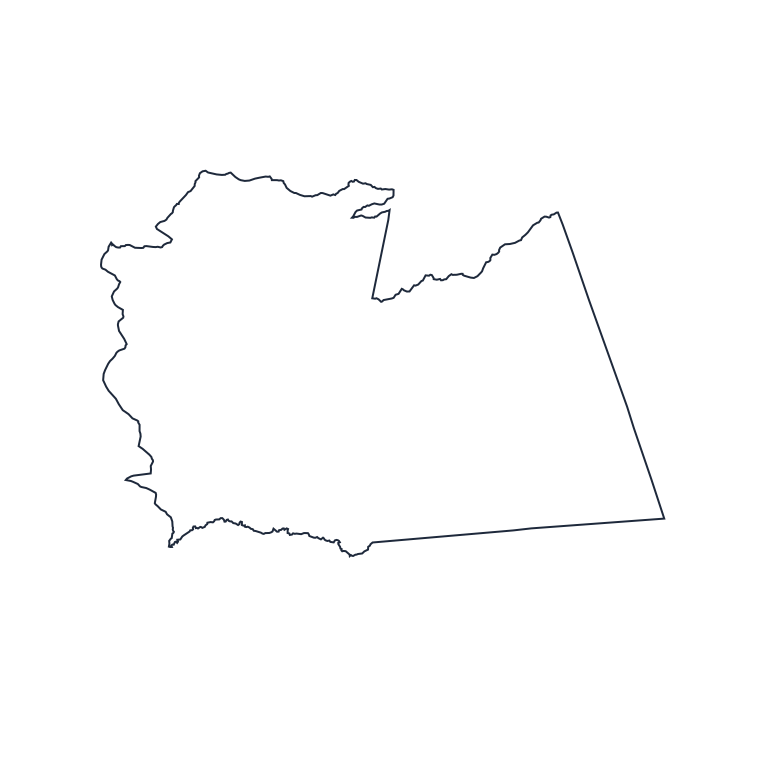 the district of Konoin, Rift Valley, Kenya, rotated 12°
{"feature_id": "3690345B62902351105471", "entity_name": "Konoin", "entity_type": "district", "adm_level": 2, "iso_a3": "KEN", "parent_name": "Kenya", "parent_adm1": "Rift Valley", "projection": "albers", "projection_center": [35.307, -0.537], "detail": "fine", "context": "isolated", "style": "outline", "palette": "slate", "viewbox_px": 768, "rotation_deg": 12, "n_neighbors": 0, "source": "geoboundaries", "source_scale": "gbopen_adm2", "svg_char_len": 6142}
<svg xmlns="http://www.w3.org/2000/svg" viewBox="0 0 768 768"><g transform="rotate(12 384 384)"><path d="M87.7,302.4L86.1,307.0L86.3,310.5L85.9,311.7L83.5,315.0L81.9,321.1L82.4,326.1L82.9,327.8L83.6,328.9L84.6,329.6L87.8,330.1L90.6,331.6L98.2,333.8L100.9,337.1L102.3,338.1L103.9,338.4L104.8,339.1L104.1,341.5L103.8,344.6L103.3,346.0L100.7,349.6L99.5,354.9L101.1,358.2L103.7,361.5L104.9,362.6L107.8,364.1L113.2,365.8L113.8,370.0L115.1,372.1L115.1,373.4L111.4,378.0L111.3,380.8L111.6,382.1L113.8,387.2L120.5,393.9L124.0,398.5L123.2,400.0L123.4,401.9L122.8,403.4L118.1,406.2L116.7,407.7L115.8,409.1L114.9,412.5L113.2,415.7L111.2,418.6L110.0,421.6L108.3,428.4L107.7,432.4L108.5,438.7L112.8,444.4L116.1,447.9L124.8,454.2L128.8,458.9L133.9,463.9L140.4,466.6L145.1,469.9L150.2,471.0L151.4,471.6L151.6,472.8L153.4,474.7L154.7,480.9L156.1,483.3L156.9,486.0L156.9,495.8L161.4,497.6L169.3,502.0L171.6,503.7L172.5,505.4L173.8,506.6L174.2,507.9L172.9,512.7L173.9,516.1L174.4,520.0L158.1,525.7L155.9,526.9L152.3,529.9L151.4,531.6L156.6,531.5L158.5,531.8L164.0,533.0L166.7,534.9L168.1,535.2L173.1,535.2L176.7,536.0L183.3,538.0L184.1,539.6L184.4,541.7L184.6,548.3L185.5,549.2L188.1,550.6L191.8,553.1L197.0,554.4L198.9,556.6L203.2,558.7L205.5,562.5L206.8,567.3L207.5,568.5L207.6,570.2L208.3,571.5L209.2,572.3L208.9,573.5L208.1,574.3L208.4,578.9L207.6,579.7L206.5,582.1L207.3,584.9L207.4,587.8L208.8,587.9L210.4,587.5L209.5,586.2L210.5,585.0L211.7,584.9L212.3,582.1L213.4,581.4L214.7,582.4L215.3,581.0L214.3,579.3L217.1,578.4L218.4,575.1L219.5,573.8L224.5,568.7L224.9,567.4L226.5,567.0L227.5,565.9L226.9,564.5L227.3,563.0L229.0,562.6L229.9,564.1L231.0,563.7L232.1,564.0L234.0,562.0L235.1,562.0L236.2,562.5L238.4,561.0L238.8,559.4L240.2,557.8L240.1,556.4L243.1,555.1L245.4,554.9L246.4,553.6L246.7,552.2L247.8,551.5L251.0,550.7L252.1,549.2L253.7,548.8L254.7,549.4L255.8,550.3L256.6,551.8L257.7,551.5L258.4,549.6L259.5,549.0L260.5,550.1L262.0,550.4L263.5,550.1L265.5,551.4L267.9,551.3L270.6,552.3L271.6,551.2L271.6,549.6L272.3,548.4L273.7,548.5L274.3,551.5L275.9,551.8L277.3,551.2L277.6,552.5L279.0,552.6L280.4,551.9L282.3,552.4L283.8,553.3L285.8,553.3L287.1,554.6L289.1,554.5L294.5,555.0L296.2,555.6L297.6,555.6L298.9,554.5L302.7,553.6L304.4,552.6L305.6,551.5L306.0,548.5L310.1,550.7L311.6,550.3L311.8,548.8L313.8,548.0L314.8,546.5L316.0,546.1L316.9,547.3L318.8,545.5L320.3,545.8L320.2,547.2L320.7,549.8L322.5,549.9L323.3,551.2L325.3,550.4L326.1,549.0L327.9,549.1L329.5,548.5L334.2,548.1L336.8,546.4L340.6,545.7L341.7,546.7L342.6,548.2L347.4,548.9L349.0,548.6L350.4,547.6L351.8,548.4L354.6,549.1L356.3,547.0L357.3,547.5L358.3,548.6L359.5,549.1L361.3,549.3L363.1,548.5L364.3,549.6L367.7,549.4L368.5,547.2L369.9,546.4L371.3,546.4L372.6,546.9L373.7,548.0L372.3,549.0L372.7,550.2L374.9,552.4L375.6,554.0L376.9,554.3L376.9,555.6L377.9,556.3L379.2,555.7L381.3,555.5L385.8,558.0L386.3,559.4L387.2,558.2L388.5,558.7L389.6,558.6L391.5,556.9L392.6,556.6L393.9,555.7L397.9,554.3L399.6,551.8L402.8,549.3L402.4,546.5L403.8,545.1L404.1,543.6L405.8,541.4L541.0,500.3L558.1,494.6L686.1,457.4L665.3,421.6L637.5,375.1L626.6,355.8L567.0,259.2L541.1,216.0L525.7,191.0L518.5,180.1L517.1,180.5L514.8,182.8L512.9,183.5L511.9,184.5L512.0,186.2L510.8,186.9L507.8,186.6L506.2,186.9L503.3,189.7L503.0,191.4L501.7,193.9L500.4,194.4L496.8,197.8L493.2,205.8L491.3,208.7L488.7,211.9L488.1,214.8L486.6,215.5L482.8,218.7L478.0,220.9L473.3,222.2L469.3,226.4L468.7,229.1L469.1,230.5L468.5,231.8L467.1,233.5L465.1,234.7L463.1,234.9L461.8,238.6L462.3,240.7L461.7,241.9L460.4,243.0L458.6,243.7L456.9,250.3L456.5,253.3L455.9,254.5L453.0,259.1L449.9,261.6L446.6,261.9L439.9,261.4L438.4,260.9L438.0,259.9L436.7,260.1L432.5,262.0L428.4,263.0L427.1,262.6L424.9,265.0L423.1,268.5L421.1,269.2L420.0,270.2L418.2,270.7L417.0,269.6L414.0,271.0L410.8,271.1L410.4,269.9L408.1,267.5L406.6,267.5L405.5,268.7L402.1,269.1L400.5,274.7L399.2,275.5L396.8,279.6L394.4,281.2L392.9,281.2L389.7,288.2L387.1,288.8L384.0,288.2L382.9,287.5L381.6,287.2L379.5,292.8L376.8,294.3L375.5,297.7L373.7,298.8L366.1,302.0L365.1,303.6L364.1,304.2L361.1,302.3L358.8,301.7L357.6,302.4L354.7,302.6L354.1,222.7L353.3,212.7L352.3,213.7L350.7,214.2L349.3,215.3L346.3,216.6L344.8,218.0L341.9,221.8L340.5,222.0L339.9,223.3L337.3,223.6L336.1,224.3L331.3,225.0L328.1,224.0L326.6,223.9L322.8,226.2L320.9,226.5L319.5,227.8L318.1,228.0L319.0,226.5L320.4,221.7L321.6,219.9L325.7,218.0L326.0,216.6L327.2,215.0L328.7,214.8L330.6,212.8L332.2,212.8L334.6,210.8L337.0,209.4L342.3,209.4L344.5,208.9L346.7,207.6L349.0,202.1L350.8,201.4L353.6,199.5L354.1,197.7L353.0,192.1L351.3,191.9L348.5,192.8L344.8,193.0L341.4,194.2L340.2,193.5L337.5,194.4L335.3,194.1L333.7,193.2L332.2,193.8L329.6,192.0L325.5,192.0L324.3,191.5L321.8,192.4L317.2,191.5L314.7,190.2L313.0,190.5L312.5,192.2L311.3,192.7L309.8,192.2L308.6,193.2L307.6,194.6L307.7,196.1L308.4,197.5L304.5,201.6L303.1,201.9L300.1,204.4L298.9,206.9L297.7,207.8L297.0,209.3L295.0,209.1L292.4,210.9L284.3,210.0L282.5,210.3L279.5,213.1L277.8,213.6L274.7,215.7L273.3,215.4L267.2,216.9L262.5,216.5L258.2,215.5L256.5,215.8L252.3,214.7L248.0,212.4L245.7,209.4L244.1,208.2L243.3,206.5L240.8,206.2L238.9,206.8L237.3,206.8L231.9,207.9L231.4,206.7L229.1,204.7L227.7,205.4L225.1,205.7L219.5,208.0L215.2,209.9L210.0,213.0L205.6,214.3L201.5,214.4L199.4,214.0L195.5,212.4L190.1,209.1L188.6,209.7L187.3,210.8L186.1,211.3L185.2,212.3L182.0,213.2L176.7,213.8L167.9,213.7L165.2,212.5L162.3,213.7L160.1,216.1L159.7,218.7L160.2,220.3L157.4,224.8L157.7,226.1L157.3,227.7L157.6,229.7L154.7,235.5L152.4,237.1L151.0,240.3L146.3,248.0L145.7,249.4L145.8,250.6L144.0,250.9L143.4,252.4L142.4,253.7L141.8,254.8L141.5,258.5L141.7,259.8L141.1,261.1L140.2,262.0L137.6,266.5L137.0,268.4L135.4,270.1L131.5,272.1L129.6,274.5L128.1,277.5L129.7,279.6L142.4,284.4L146.5,286.6L145.6,290.0L142.7,291.2L140.0,293.3L139.0,294.7L138.5,296.2L137.1,296.9L134.2,296.8L132.1,297.6L129.4,298.0L122.9,298.5L121.0,299.1L120.3,300.8L118.6,301.4L112.1,302.5L106.3,300.9L104.2,301.3L102.6,301.8L101.8,303.0L98.0,303.9L97.4,305.4L95.5,305.8L93.6,305.8L91.5,304.9L90.2,304.0L89.2,304.7L88.8,303.3L87.7,302.4Z" fill="none" stroke="#1e293b" stroke-width="2"/></g></svg>